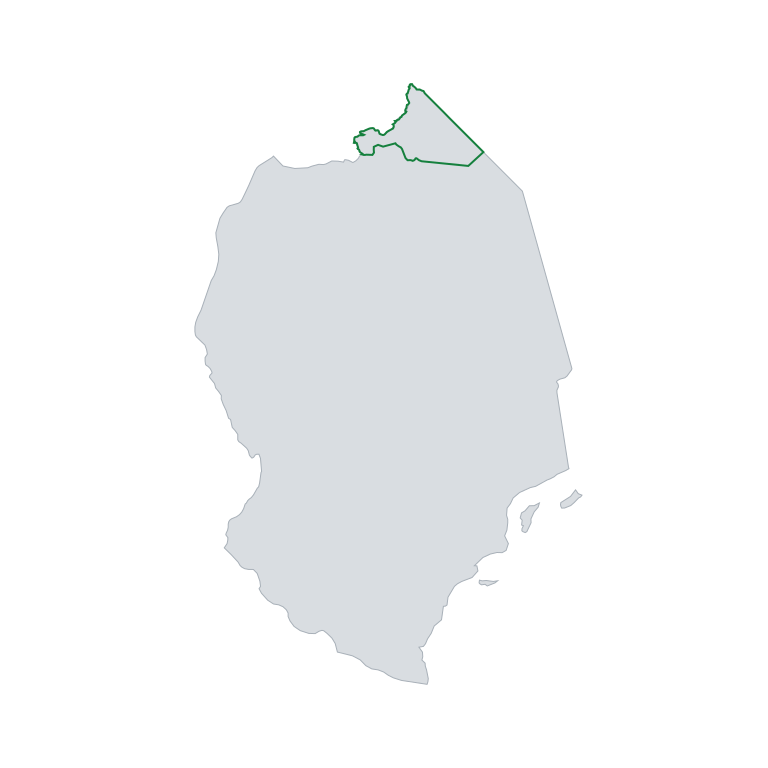 where Kagera sits in United Republic of Tanzania, rotated 45°
{"feature_id": "TZA-3360", "entity_name": "Kagera", "entity_type": "Region", "adm_level": 1, "iso_a3": "TZA", "parent_name": "United Republic of Tanzania", "parent_adm1": "", "projection": "albers", "projection_center": [30.807, -1.99], "detail": "fine", "context": "in_parent", "style": "outline", "palette": "green", "viewbox_px": 768, "rotation_deg": 45, "n_neighbors": 0, "source": "natural_earth", "source_scale": "10m", "svg_char_len": 6266}
<svg xmlns="http://www.w3.org/2000/svg" viewBox="0 0 768 768"><g transform="rotate(45 384 384)"><path d="M298.3,518.1L291.2,514.4L284.7,512.1L279.4,509.6L277.1,507.1L272.1,506.2L267.8,505.8L263.8,503.5L255.7,502.6L254.8,501.1L254.6,497.8L253.2,496.9L250.2,496.0L247.1,496.0L245.1,496.5L243.9,496.3L241.3,494.3L238.8,491.8L237.9,487.7L234.2,485.1L229.9,483.1L217.9,483.3L216.0,482.7L213.2,480.6L209.9,477.3L207.2,473.4L204.8,468.2L202.4,461.1L188.7,433.0L187.3,427.6L184.6,421.7L180.2,414.5L175.5,409.1L169.2,404.2L162.1,399.3L158.2,396.0L150.8,382.8L149.3,376.6L148.1,370.1L148.6,367.5L153.2,359.2L153.7,356.8L153.1,353.7L150.8,347.1L147.9,339.0L142.1,324.4L141.2,320.7L141.3,317.9L144.7,303.1L144.7,301.0L158.4,301.3L168.5,294.7L177.2,285.0L179.0,280.9L182.6,274.7L186.1,271.6L187.4,269.4L189.4,263.2L194.0,258.9L198.5,255.7L197.6,253.4L198.2,252.6L200.7,250.9L205.4,249.4L206.3,246.1L206.3,242.4L205.6,240.4L205.7,238.0L205.0,236.7L201.9,236.3L197.3,234.5L193.3,233.7L190.7,232.6L189.8,231.8L189.4,229.6L191.5,223.9L189.4,221.6L194.2,212.1L195.0,211.0L196.8,210.8L199.5,209.8L202.1,209.4L204.2,209.7L205.7,209.3L207.1,208.3L208.3,205.1L209.2,199.7L208.7,195.4L206.7,192.0L206.1,186.9L207.0,180.0L206.4,174.2L204.2,169.7L201.9,166.9L198.5,165.7L193.0,158.7L191.4,155.3L191.7,153.2L193.5,152.3L197.0,152.6L200.2,151.8L203.3,149.9L206.2,149.3L207.8,149.6L345.5,149.8L505.9,240.2L506.6,241.3L507.8,249.0L507.5,251.7L505.0,256.1L504.3,258.4L504.2,260.0L504.8,260.7L506.9,260.9L508.7,262.0L509.4,262.8L510.7,266.2L512.5,267.9L573.2,312.3L574.6,313.0L573.7,316.7L570.2,325.6L569.9,329.3L568.5,333.7L567.2,336.6L563.6,349.1L560.7,353.8L556.6,364.8L555.9,373.3L558.0,379.2L558.8,384.7L563.5,390.2L567.2,392.2L569.7,394.7L574.2,400.4L576.7,406.1L584.8,408.9L588.0,415.3L586.8,419.7L583.0,423.3L579.4,429.1L576.6,436.8L576.4,448.6L578.3,446.9L582.6,449.8L583.1,458.5L578.6,468.6L577.2,473.3L576.9,477.3L580.0,489.5L584.8,495.7L584.5,497.6L583.2,499.2L591.4,510.1L590.6,519.6L593.7,527.0L595.0,533.4L597.0,538.3L597.4,541.7L594.8,545.4L600.8,546.4L604.3,549.5L606.0,552.4L610.4,552.3L612.7,554.3L616.1,556.0L623.6,561.0L625.6,563.5L626.8,565.9L606.0,581.2L598.5,585.1L593.1,586.9L587.4,587.9L582.0,590.3L576.8,594.1L570.3,596.0L562.3,595.9L553.9,598.5L540.6,606.5L533.0,602.0L526.9,600.5L520.0,600.6L515.8,601.1L514.3,602.1L512.9,604.8L511.8,609.2L507.2,613.5L499.2,617.6L491.9,619.0L485.1,618.0L480.6,616.2L478.2,613.8L474.7,612.7L470.1,612.9L465.7,614.6L461.4,617.7L454.7,619.1L445.4,618.6L440.4,617.1L439.8,614.4L435.7,611.2L428.3,607.6L422.8,607.5L419.3,610.9L416.1,613.1L413.2,614.0L410.6,614.1L406.8,613.1L396.6,612.7L386.9,612.8L385.9,607.8L383.9,604.8L382.2,603.0L378.8,602.5L377.9,601.1L376.8,598.0L375.1,595.4L372.9,593.2L371.6,591.1L371.2,589.3L371.5,587.2L373.6,582.1L374.2,578.6L374.0,575.1L372.9,571.4L370.7,567.0L370.9,565.7L370.1,562.8L370.1,560.7L370.5,558.1L370.1,554.6L368.1,547.3L368.1,545.4L366.0,541.9L359.6,533.5L359.3,532.4L349.2,523.9L345.2,522.1L343.7,523.6L343.1,525.1L343.6,527.8L343.3,529.2L342.9,529.8L340.5,529.7L339.0,529.4L335.1,527.1L332.2,526.5L324.7,526.9L322.1,527.4L320.1,526.9L316.2,523.0L311.6,522.2L307.4,522.0L300.6,517.6L298.3,518.1ZM586.1,378.1L589.4,387.4L588.9,389.2L586.6,390.2L585.3,390.3L583.9,388.8L582.8,385.6L581.0,386.4L578.0,382.6L575.0,382.4L572.4,377.9L573.4,374.0L572.9,367.3L576.2,363.9L578.0,358.2L580.1,362.1L580.6,368.2L583.3,375.5L586.1,378.1ZM602.6,322.6L602.9,324.8L602.2,326.9L602.3,333.5L602.0,337.9L599.4,344.0L597.4,346.1L595.6,345.5L594.1,344.5L592.9,342.8L595.4,331.6L594.3,323.4L598.9,324.2L602.6,322.6ZM594.9,457.1L592.5,457.6L591.6,457.1L590.2,455.2L592.7,453.7L595.2,450.7L600.9,446.3L603.5,442.8L603.1,446.2L599.8,453.8L597.1,454.2L594.9,457.1Z" fill="#d9dde1" stroke="#a8b0b8" stroke-width="1"/><path d="M191.6,156.6L191.2,156.3L191.2,156.1L191.3,155.8L191.4,155.6L191.5,155.3L191.4,154.7L190.7,154.3L190.6,153.8L190.7,153.3L191.1,152.8L191.4,152.5L191.5,152.4L191.8,152.1L192.4,152.2L192.7,152.4L192.9,152.6L193.2,152.7L193.7,152.7L194.5,152.5L196.7,152.3L197.7,152.4L198.8,152.7L199.3,152.3L200.9,150.6L201.5,150.3L203.2,149.8L204.8,148.9L206.4,149.3L207.1,149.6L209.9,149.6L218.0,149.6L226.0,149.6L226.9,149.6L234.0,149.6L242.1,149.7L250.1,149.7L257.9,149.7L258.2,149.7L266.2,149.7L274.3,149.7L282.3,149.7L290.3,149.7L289.4,170.2L253.1,199.9L250.5,201.0L247.4,201.4L246.8,202.1L247.1,203.4L247.1,204.3L246.9,205.1L246.6,205.4L246.5,205.9L244.6,206.8L242.4,209.1L239.4,209.0L230.6,205.1L228.6,204.8L226.3,205.5L223.3,206.0L221.9,205.7L215.5,216.8L210.7,219.1L209.1,223.5L211.1,225.6L213.3,227.5L213.8,230.2L209.5,234.2L208.7,235.3L207.8,236.3L206.7,236.9L207.0,236.4L205.9,236.4L203.9,236.9L202.9,237.0L202.3,236.9L201.3,236.2L200.7,236.0L200.2,236.0L199.8,236.2L199.3,236.3L198.7,236.2L198.5,235.3L198.4,235.0L198.2,234.9L197.6,234.7L194.7,233.0L194.4,232.9L193.8,233.1L193.3,233.6L192.4,234.7L192.2,234.8L192.0,234.3L191.6,233.9L191.4,233.6L191.6,233.1L190.8,232.9L190.1,232.2L189.0,230.8L188.9,230.1L189.4,229.1L190.4,227.8L190.4,226.7L190.5,226.0L190.9,225.4L193.4,222.8L193.7,221.9L192.7,222.3L191.1,223.0L190.2,223.3L189.3,223.3L188.8,222.8L189.0,221.8L189.4,221.2L190.4,220.2L190.8,219.7L191.0,219.2L191.4,217.8L193.0,213.8L193.6,212.8L195.1,211.0L195.9,210.5L196.9,210.6L197.8,210.9L198.7,210.9L199.2,210.4L199.8,209.3L200.3,208.9L200.9,208.8L201.4,208.9L203.7,210.1L204.0,210.2L204.4,210.0L204.7,209.9L205.4,209.7L206.0,209.3L206.8,209.0L207.3,208.6L207.8,207.8L208.0,206.9L207.8,203.9L208.2,201.9L209.7,197.0L209.3,195.8L208.9,195.1L208.2,194.5L207.4,194.1L206.6,194.2L207.2,191.7L207.0,190.5L205.7,190.3L205.9,190.0L206.2,189.7L206.9,189.1L206.6,188.3L206.8,187.7L207.3,187.0L207.5,186.3L207.2,184.5L207.0,184.0L207.5,182.8L207.4,182.4L207.0,181.8L206.9,181.6L206.9,181.1L207.5,177.7L207.5,176.5L207.2,175.6L206.2,176.0L205.5,175.5L205.0,174.5L204.6,172.9L204.4,172.6L203.9,172.0L203.2,171.0L202.9,170.4L203.1,170.2L203.3,169.7L203.3,168.5L203.1,167.4L202.2,166.9L201.4,166.7L198.5,165.7L198.1,165.4L197.4,164.8L197.0,164.5L195.7,163.9L195.1,163.5L194.9,162.8L194.9,162.5L195.0,162.2L195.2,161.9L195.1,161.5L194.7,161.0L194.4,160.1L193.6,158.8L193.3,158.1L193.2,157.0L193.0,156.7L192.4,156.3L192.2,156.4L192.0,156.5L191.6,156.6Z" fill="none" stroke="#15803d" stroke-width="2"/></g></svg>